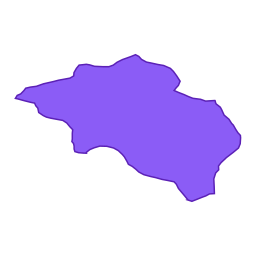 Sollentuna, Stockholm, Sweden (Equal Earth projection)
{"feature_id": "70781695B54178975412741", "entity_name": "Sollentuna", "entity_type": "district", "adm_level": 2, "iso_a3": "SWE", "parent_name": "Sweden", "parent_adm1": "Stockholm", "projection": "equal_earth", "projection_center": [17.924, 59.447], "detail": "fine", "context": "isolated", "style": "filled", "palette": "violet", "viewbox_px": 256, "rotation_deg": 0, "n_neighbors": 0, "source": "geoboundaries", "source_scale": "gbopen_adm2", "svg_char_len": 1586}
<svg xmlns="http://www.w3.org/2000/svg" viewBox="0 0 256 256"><path d="M187.6,199.9L191.9,201.3L197.0,199.3L202.2,197.2L205.8,195.9L209.5,193.9L214.4,193.6L214.2,187.1L213.8,178.9L215.7,172.9L218.7,169.8L218.5,166.0L221.1,162.6L226.5,157.5L233.3,152.3L238.5,148.0L240.2,143.8L240.6,137.8L240.5,136.7L240.4,135.4L237.8,132.6L235.7,129.3L233.3,125.1L231.6,123.4L229.0,119.3L224.1,115.1L221.6,109.6L220.3,107.2L217.9,105.3L216.2,104.0L215.5,102.5L215.2,100.9L214.9,100.5L205.6,101.1L200.6,99.3L192.9,98.3L188.5,96.6L184.1,94.6L178.4,92.4L174.1,90.5L176.1,87.9L178.4,85.4L180.1,81.2L176.7,75.9L173.4,71.4L170.4,68.4L163.7,65.5L157.9,64.5L150.6,62.9L146.5,62.1L141.5,59.4L138.8,56.4L135.5,54.7L130.8,56.6L122.4,59.6L117.0,62.3L113.3,65.1L108.9,66.7L103.2,66.7L94.5,66.3L89.8,64.9L86.4,64.3L79.1,65.1L76.4,68.4L74.0,72.6L73.7,75.9L70.0,78.1L63.6,79.3L58.6,80.2L53.2,81.6L43.5,83.8L36.4,86.3L30.4,87.1L25.7,88.2L24.0,90.5L20.7,93.9L17.2,95.4L15.4,98.4L18.1,99.0L22.4,100.2L26.2,101.2L31.0,102.4L34.6,103.1L35.8,105.8L37.8,108.1L38.7,112.5L43.3,115.6L46.4,117.1L50.8,118.2L56.2,119.2L62.8,120.4L66.8,123.0L70.0,126.9L72.7,129.7L72.3,133.2L72.3,139.1L71.9,141.6L73.5,143.5L74.1,146.0L74.1,149.0L74.9,151.6L78.6,152.7L83.6,153.1L86.5,153.2L86.4,152.3L89.8,149.6L94.1,147.8L99.8,146.1L106.9,146.3L113.6,148.0L118.3,150.6L122.4,154.5L124.4,156.9L127.1,161.6L128.4,164.3L132.1,166.3L135.8,169.2L138.8,172.0L143.9,174.7L150.6,176.5L155.6,177.6L162.0,179.4L167.4,180.4L174.1,181.8L176.4,184.3L178.5,188.6L183.5,194.5L187.9,199.8L187.6,199.9Z" fill="#8b5cf6" stroke="#5b21b6" stroke-width="1.5"/></svg>